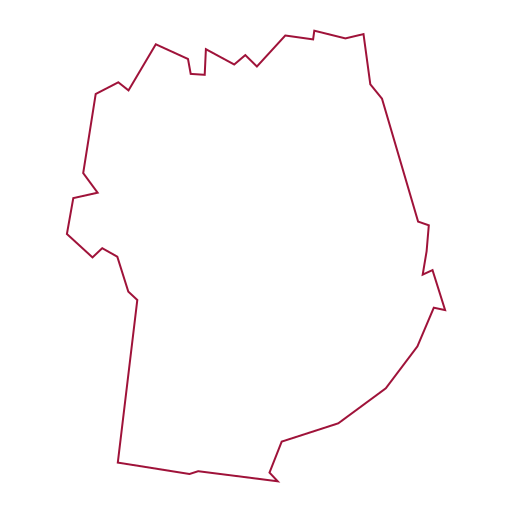 Smith, Tennessee, United States of America, rotated 180°
{"feature_id": "52423323B17760103371200", "entity_name": "Smith", "entity_type": "district", "adm_level": 2, "iso_a3": "USA", "parent_name": "United States of America", "parent_adm1": "Tennessee", "projection": "natural_earth1", "projection_center": [-85.954, 36.255], "detail": "fine", "context": "isolated", "style": "outline", "palette": "rose", "viewbox_px": 512, "rotation_deg": 180, "n_neighbors": 0, "source": "geoboundaries", "source_scale": "gbopen_adm2", "svg_char_len": 678}
<svg xmlns="http://www.w3.org/2000/svg" viewBox="0 0 512 512"><g transform="rotate(180 256 256)"><path d="M234.3,30.7L242.5,39.4L230.3,70.4L173.7,88.7L126.2,123.7L94.6,165.6L78.2,204.3L66.9,201.9L79.5,241.9L89.3,237.4L85.4,260.7L83.2,286.7L93.9,290.4L130.0,413.3L141.7,427.7L148.5,477.9L166.6,473.6L197.7,481.3L198.9,472.6L226.7,476.5L255.1,445.5L266.7,456.9L277.8,447.5L306.1,462.8L307.3,437.2L321.3,438.1L324.0,453.0L356.2,467.7L383.5,421.6L393.7,429.7L416.3,418.0L428.8,338.9L414.4,319.3L438.7,313.9L445.1,278.0L419.5,254.6L409.8,263.8L394.7,255.3L383.7,220.4L374.7,212.0L394.2,49.4L322.5,38.0L313.8,40.8L234.3,30.7Z" fill="none" stroke="#9f1239" stroke-width="2"/></g></svg>